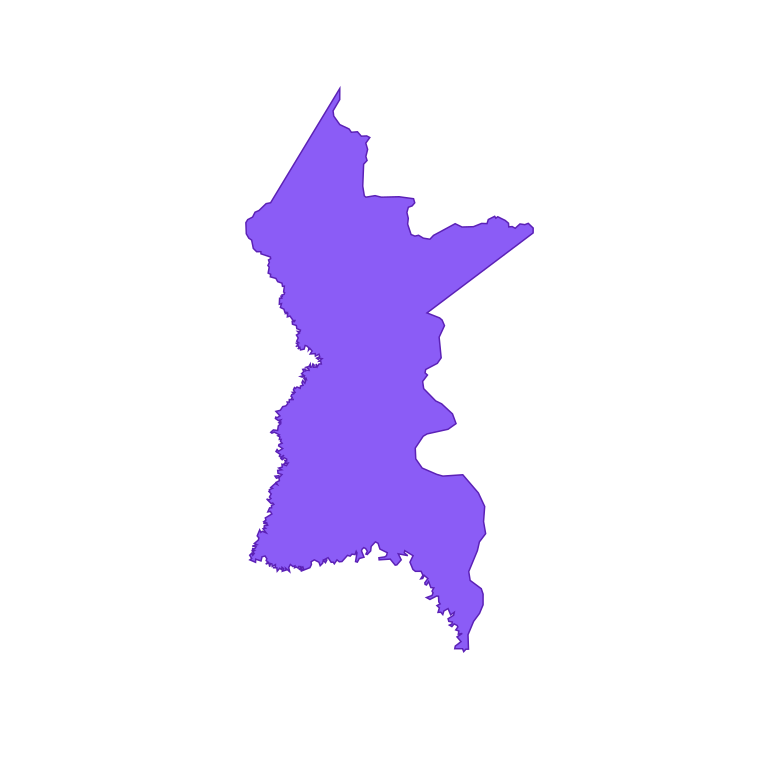 outline of Santander (Araracuara), Amazonas, Colombia, rotated 53°
{"feature_id": "7082276B22108715685729", "entity_name": "Santander (Araracuara)", "entity_type": "district", "adm_level": 2, "iso_a3": "COL", "parent_name": "Colombia", "parent_adm1": "Amazonas", "projection": "robinson", "projection_center": [-71.884, -1.077], "detail": "fine", "context": "isolated", "style": "filled", "palette": "violet", "viewbox_px": 768, "rotation_deg": 53, "n_neighbors": 0, "source": "geoboundaries", "source_scale": "gbopen_adm2", "svg_char_len": 6170}
<svg xmlns="http://www.w3.org/2000/svg" viewBox="0 0 768 768"><g transform="rotate(53 384 384)"><path d="M646.6,476.1L634.8,467.8L627.5,455.3L624.7,445.8L620.0,437.8L611.4,431.3L606.0,429.5L592.7,433.4L584.8,429.2L573.3,409.7L567.5,402.8L564.7,392.9L553.8,387.3L542.4,377.3L527.8,374.2L503.9,375.7L493.0,392.4L488.0,396.2L474.1,404.1L462.9,403.7L454.0,397.6L449.3,384.1L449.8,379.6L458.7,360.1L459.0,350.3L449.1,347.3L434.5,349.9L428.6,352.9L411.6,355.1L405.2,351.6L403.0,343.9L399.8,344.5L397.5,342.0L399.6,329.0L397.5,322.6L379.8,311.8L373.8,300.6L367.9,299.1L364.7,299.8L353.1,306.9L353.1,174.0L349.2,171.0L342.5,172.1L341.5,175.6L338.0,179.1L338.6,185.5L335.4,186.9L333.6,189.8L330.5,187.8L326.2,188.8L318.9,192.5L318.9,194.9L316.7,194.7L315.4,201.7L317.9,205.2L314.5,209.4L312.2,217.9L305.6,227.2L298.8,230.7L295.1,255.0L296.0,260.2L291.2,264.8L286.0,266.9L284.5,270.3L280.9,272.4L270.5,268.9L266.3,264.9L260.8,262.5L257.5,258.2L258.7,254.3L257.8,250.4L253.8,248.9L243.5,259.3L233.2,273.7L228.2,277.8L223.9,286.0L221.9,286.5L213.2,281.9L196.2,268.0L195.3,263.0L191.4,261.6L186.8,255.9L180.7,253.6L178.6,247.0L175.5,248.5L172.4,253.0L166.6,253.4L163.3,258.6L159.4,258.4L150.2,263.2L139.8,262.9L135.2,260.3L130.2,248.2L121.4,241.5L171.0,365.5L169.0,369.6L170.2,379.4L169.2,383.6L171.6,388.5L170.7,393.9L172.0,397.2L181.2,403.6L186.2,404.2L189.4,403.1L197.1,406.8L201.7,406.1L204.2,402.7L206.0,403.9L214.2,398.3L215.7,399.1L215.4,401.6L217.9,402.4L219.5,405.4L221.6,405.4L225.7,409.8L228.2,408.5L230.0,410.3L234.6,406.8L238.3,407.3L242.1,404.8L244.9,406.3L245.9,404.7L250.1,408.8L251.3,408.4L252.3,409.9L251.5,412.0L252.8,412.5L252.0,413.5L253.9,414.0L252.7,415.8L257.3,419.6L258.1,417.5L260.5,420.7L264.0,418.9L267.0,420.0L268.5,418.4L268.6,420.1L269.9,418.6L272.2,420.8L273.2,418.2L278.7,418.4L279.7,417.0L280.3,418.0L278.8,419.7L281.2,421.1L284.5,418.8L287.3,420.3L290.7,418.3L291.6,419.6L290.0,421.4L292.4,421.1L292.2,424.5L295.6,424.8L297.3,428.0L299.7,427.4L298.8,429.4L301.2,429.0L301.1,432.0L301.3,429.9L303.6,429.7L304.2,431.8L304.2,429.2L306.5,430.2L308.1,426.8L305.8,423.8L307.3,422.7L309.9,422.3L311.5,423.9L311.0,421.8L314.3,421.6L315.6,424.9L318.3,420.7L320.4,422.0L321.1,418.0L323.5,418.9L322.8,422.3L325.0,421.6L324.5,420.2L326.5,418.2L326.8,422.1L327.6,420.8L330.3,422.0L328.9,423.8L330.1,427.0L327.2,426.1L329.6,428.2L328.3,430.1L326.9,428.4L325.2,428.7L327.0,431.5L326.3,432.7L323.8,431.0L324.8,433.4L323.7,436.3L326.5,435.0L328.1,435.6L325.9,438.0L326.7,439.2L324.5,438.0L323.4,440.1L325.7,440.5L326.2,443.7L329.1,442.7L327.7,446.2L329.3,445.2L329.8,442.9L331.3,444.3L332.4,442.7L333.9,443.3L332.2,444.7L334.5,444.9L335.7,446.7L332.4,446.8L333.5,448.7L336.3,449.5L335.3,451.9L337.0,453.5L334.0,455.3L334.2,457.5L333.0,457.7L334.2,459.9L337.0,460.1L335.6,462.1L337.5,461.7L336.9,464.1L337.9,465.7L339.4,465.3L340.1,466.7L342.2,465.4L339.4,469.0L341.5,470.6L340.1,472.2L341.9,472.8L342.4,475.6L341.1,478.5L342.6,482.6L340.8,486.8L346.8,486.3L346.6,489.4L345.3,490.4L346.2,491.5L349.5,490.4L350.6,487.9L351.3,490.4L352.6,488.7L351.9,491.2L353.6,490.5L353.8,493.6L357.1,496.9L354.1,500.0L354.4,503.5L355.8,503.1L356.4,500.6L361.6,498.2L361.4,500.0L363.6,499.0L365.3,501.0L366.4,499.5L367.5,501.2L370.0,501.0L369.1,504.3L370.0,505.4L374.6,503.8L374.2,508.7L372.0,508.8L372.9,510.9L378.0,509.2L378.6,511.0L380.4,510.5L380.7,506.7L381.4,511.2L383.2,510.9L382.8,508.1L385.4,506.9L386.8,508.0L385.3,509.2L387.2,509.5L387.6,511.8L389.4,508.2L390.5,511.0L386.7,513.8L389.1,515.2L387.8,518.6L390.9,517.4L389.0,520.9L391.5,522.4L394.9,520.0L395.5,523.5L394.0,523.1L392.0,526.5L394.5,526.6L395.4,524.2L398.2,525.7L397.6,529.5L400.1,529.7L398.0,530.8L398.5,536.7L400.2,535.9L399.4,539.1L401.9,540.3L399.8,540.7L403.9,540.2L405.3,543.5L407.4,543.2L407.3,545.5L405.2,546.9L411.5,546.1L412.1,544.5L413.8,544.4L413.3,547.0L415.2,548.3L414.1,549.9L416.2,553.8L417.5,551.4L420.3,551.8L419.5,559.4L421.6,560.2L421.6,562.8L423.5,561.7L422.6,564.2L425.5,561.5L426.8,561.9L425.1,564.8L426.4,566.1L427.8,565.5L426.8,567.7L431.9,567.7L428.4,569.8L428.4,571.7L425.7,571.1L429.0,576.7L431.6,576.6L433.0,578.3L433.3,583.5L435.9,582.2L434.2,586.7L437.0,584.2L437.8,586.5L436.4,587.9L437.4,588.9L438.8,588.0L438.1,589.7L439.8,589.3L440.0,590.8L441.3,589.9L441.8,591.9L439.5,591.4L439.9,594.3L443.7,594.7L443.7,597.0L449.1,593.9L446.7,591.9L451.3,588.7L448.6,585.4L449.8,582.5L453.0,582.7L454.1,584.4L456.3,583.8L456.7,586.8L457.6,583.7L461.1,585.2L459.1,582.7L460.2,581.8L462.4,583.1L462.9,579.4L465.0,581.0L463.9,583.3L466.3,580.2L469.2,581.9L468.4,578.2L470.7,577.5L469.0,575.8L471.1,575.3L472.4,577.7L473.7,574.1L472.0,573.4L477.1,572.3L473.3,570.6L471.8,567.4L475.0,566.6L475.6,564.6L476.9,566.0L477.4,564.2L479.4,563.4L478.4,561.9L479.7,560.4L481.3,563.6L481.2,558.9L483.2,559.5L482.3,562.3L483.6,562.6L486.1,553.7L484.5,550.6L482.1,549.2L482.5,545.5L487.2,543.2L490.7,544.3L490.2,540.8L488.3,538.6L491.5,538.3L490.2,535.6L488.4,537.1L489.0,533.2L494.6,533.5L495.7,531.8L497.7,531.9L496.2,527.4L499.1,526.7L500.5,524.4L498.9,516.3L501.1,514.6L500.6,512.0L502.8,509.8L500.9,506.9L502.6,507.2L508.7,513.6L510.2,512.5L508.5,508.7L510.3,504.2L503.7,502.4L502.7,500.8L502.5,498.6L504.3,497.7L507.5,497.9L508.9,500.8L510.1,500.0L509.3,495.1L506.0,492.0L504.9,485.9L507.6,484.6L513.4,486.6L520.7,482.9L522.6,485.3L522.5,487.5L519.7,492.6L521.5,493.7L527.6,484.4L535.4,484.1L536.2,482.6L534.8,476.1L528.2,474.8L535.4,468.3L531.0,469.4L529.6,467.7L538.6,464.1L541.9,470.5L549.5,472.5L552.5,471.7L555.9,467.1L560.2,468.0L561.7,471.9L562.6,470.1L561.0,467.1L565.8,466.0L567.3,471.0L568.8,471.8L570.1,471.0L568.6,467.3L574.8,469.1L576.8,466.9L578.3,470.3L580.3,470.5L581.8,472.9L580.1,478.6L583.7,477.0L585.0,469.6L586.3,468.2L591.0,471.4L593.4,471.5L592.8,475.1L596.1,474.5L598.9,478.3L600.4,476.0L603.5,475.8L601.3,472.8L601.9,468.0L608.5,469.7L608.6,465.3L610.6,467.6L610.0,474.1L612.6,475.1L615.2,472.7L616.5,474.1L615.9,476.9L618.6,475.8L617.8,472.4L620.8,470.9L622.5,471.2L623.6,474.7L626.3,472.9L628.5,475.2L630.3,471.6L629.9,477.9L636.1,477.5L636.2,484.8L638.0,486.8L642.7,480.6L645.7,481.4L645.1,478.2L646.6,476.1Z" fill="#8b5cf6" stroke="#5b21b6" stroke-width="1.5"/></g></svg>